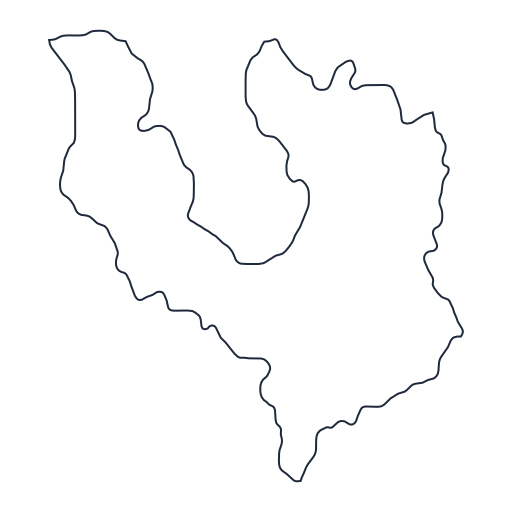 the district of San José de Ocoa, San José de Ocoa, Dominican Republic
{"feature_id": "3306468B57713364990292", "entity_name": "San José de Ocoa", "entity_type": "district", "adm_level": 2, "iso_a3": "DOM", "parent_name": "Dominican Republic", "parent_adm1": "San José de Ocoa", "projection": "equal_earth", "projection_center": [-70.491, 18.553], "detail": "fine", "context": "isolated", "style": "outline", "palette": "slate", "viewbox_px": 512, "rotation_deg": 0, "n_neighbors": 0, "source": "geoboundaries", "source_scale": "gbopen_adm2", "svg_char_len": 5971}
<svg xmlns="http://www.w3.org/2000/svg" viewBox="0 0 512 512"><path d="M275.0,410.1L275.6,419.7L276.2,422.7L277.1,424.1L279.8,426.8L280.6,428.2L281.1,429.8L280.8,434.3L281.9,439.3L282.0,441.4L281.5,444.4L279.6,450.0L279.1,453.3L278.9,461.4L279.2,464.8L279.7,467.0L280.6,468.8L282.4,470.9L286.8,474.0L293.4,480.1L295.1,481.0L296.8,481.3L300.6,481.0L301.8,477.4L303.9,472.9L306.2,467.1L307.8,464.4L313.4,456.9L315.0,454.1L315.6,452.0L316.0,449.8L316.2,439.5L316.6,436.1L317.7,433.2L319.5,431.1L320.9,430.0L326.6,427.3L327.9,427.2L330.3,427.8L331.6,427.6L333.0,426.7L337.9,422.2L340.4,421.1L342.1,421.0L344.7,421.4L349.0,424.0L350.5,424.6L353.0,424.3L354.4,423.3L356.0,421.2L358.0,415.5L360.7,409.5L361.7,408.1L362.3,407.5L363.9,406.8L365.7,406.5L377.1,406.8L379.9,406.6L381.7,406.1L384.2,404.6L390.7,398.3L398.1,393.7L404.8,391.6L407.1,389.8L411.4,385.6L413.0,384.5L415.6,383.7L422.6,382.7L427.9,380.0L432.9,378.7L434.5,378.0L436.5,376.1L437.9,373.6L438.5,370.4L439.0,362.6L439.8,359.4L441.3,356.6L447.9,347.2L450.7,340.7L452.4,338.5L453.8,337.4L457.3,336.5L460.9,336.5L462.2,334.3L462.9,331.8L462.6,330.0L461.9,328.4L457.9,321.9L456.5,317.9L454.1,312.4L452.9,308.3L449.5,301.1L448.1,299.5L442.6,297.4L441.2,296.5L437.8,293.0L434.3,288.3L433.1,285.9L432.7,284.2L433.2,280.3L432.8,277.9L428.1,269.7L424.6,261.4L424.2,259.5L424.1,257.8L424.4,256.1L425.3,254.3L426.5,252.9L428.6,251.6L433.0,250.9L434.4,250.4L436.2,248.7L436.9,247.1L437.1,246.1L436.8,244.3L433.3,235.1L432.9,232.5L433.3,230.8L434.2,229.3L435.3,228.2L438.1,226.6L439.4,225.5L441.0,223.2L441.8,221.2L442.3,217.6L442.2,212.6L441.5,209.1L439.6,203.6L439.4,201.5L439.5,199.4L441.5,192.8L442.5,184.3L443.3,180.7L444.7,177.8L448.0,172.7L448.7,170.0L448.5,168.2L448.1,167.4L447.1,166.5L444.2,165.1L443.6,164.6L442.9,163.0L442.6,161.1L442.8,158.0L445.3,150.6L445.6,147.4L445.5,145.4L445.0,143.6L443.1,140.2L441.4,135.3L440.4,134.1L436.7,132.0L435.7,130.6L434.9,127.5L434.1,119.2L432.6,112.4L424.0,114.9L416.6,119.6L413.0,122.1L411.4,122.9L407.1,123.6L403.9,122.9L402.5,121.8L401.7,120.0L400.5,109.5L397.2,99.8L393.1,89.6L391.4,87.3L389.9,86.2L387.2,85.3L384.4,85.0L365.6,85.2L361.8,86.0L357.5,88.5L355.2,89.2L353.5,88.9L351.5,87.2L350.2,84.6L350.0,83.5L350.1,81.4L351.2,78.4L354.8,72.7L355.2,71.8L355.4,69.8L355.0,68.0L353.3,63.0L352.4,61.5L351.1,60.7L349.0,60.7L345.9,61.8L338.7,66.7L337.4,67.9L335.3,71.1L330.4,84.4L328.9,86.9L327.7,88.2L326.1,89.2L323.5,89.8L319.9,89.8L317.3,89.0L315.1,87.4L313.5,85.0L312.9,83.1L311.9,78.5L311.1,76.9L310.6,76.3L309.2,75.5L305.4,74.0L297.9,69.5L295.6,67.5L293.4,65.1L282.6,50.9L280.3,47.1L278.5,42.4L277.1,40.3L275.9,39.4L274.5,39.2L269.6,41.1L264.2,41.7L261.7,46.0L259.8,50.7L258.8,52.3L257.1,54.4L252.8,57.3L250.5,60.1L246.3,70.3L245.8,73.6L245.6,79.4L245.6,95.9L245.8,99.3L246.1,101.6L246.8,103.7L247.8,105.6L253.4,113.2L255.1,115.8L256.2,118.8L257.5,126.4L258.9,129.4L260.8,132.0L262.9,134.2L265.4,135.7L273.3,136.8L275.8,137.9L278.1,139.9L280.2,142.3L286.8,150.8L288.2,153.5L288.6,155.5L288.3,157.3L287.0,161.6L286.4,166.0L286.6,171.8L287.4,175.1L289.7,178.7L292.4,181.3L293.2,181.6L294.7,181.7L297.8,180.2L300.2,180.0L302.7,181.1L305.5,184.1L307.7,187.8L308.6,191.2L308.9,195.8L308.8,202.8L308.3,206.1L307.7,208.2L300.1,227.0L295.1,235.3L293.2,240.2L291.8,242.9L288.8,247.2L285.4,251.2L284.0,252.5L282.4,253.6L280.7,254.3L275.7,255.7L264.7,262.6L263.0,263.3L258.4,264.0L246.9,264.0L241.2,263.7L239.5,263.2L237.9,262.2L236.6,260.9L235.6,259.4L233.7,254.7L232.3,251.8L229.8,248.4L227.6,246.2L223.0,243.1L215.7,236.1L212.5,234.3L208.3,231.2L205.1,229.5L200.8,226.5L197.6,224.8L194.0,222.4L191.1,220.8L189.7,219.7L188.7,218.4L188.0,216.8L187.8,215.8L188.0,214.0L190.6,207.0L192.9,201.5L193.6,198.1L193.8,193.3L193.9,183.4L193.5,176.2L192.9,174.0L191.5,171.5L189.6,169.6L186.1,167.2L184.3,165.2L183.3,163.5L179.5,154.2L178.2,150.1L175.9,144.6L174.2,139.6L170.6,132.0L169.3,130.8L164.6,127.2L163.0,126.4L160.3,125.9L156.7,126.0L154.1,126.6L148.9,129.8L145.2,130.8L142.4,130.9L140.7,130.5L139.1,129.4L138.6,128.5L138.1,126.5L138.0,124.4L138.4,122.3L139.1,120.5L141.4,117.7L145.0,115.4L146.3,114.3L147.9,112.0L148.7,110.0L149.1,107.7L150.0,99.2L152.4,91.4L152.7,88.1L152.5,84.8L151.9,82.7L150.1,78.2L148.7,74.1L144.4,64.0L142.8,61.7L141.4,60.5L137.7,58.3L131.7,53.6L127.8,46.0L125.6,41.2L120.1,40.5L117.2,39.8L114.7,38.2L110.4,34.0L108.1,32.2L105.2,31.2L100.2,30.7L95.1,30.9L92.1,31.3L90.3,32.0L85.9,34.5L83.0,35.2L78.9,35.5L67.5,35.4L63.5,35.7L60.6,36.5L55.3,39.2L52.7,39.7L49.1,40.0L49.9,44.3L51.7,47.9L64.5,64.6L69.5,72.0L70.7,75.0L72.0,81.2L74.3,87.8L74.9,91.5L75.1,99.1L75.2,132.6L75.1,137.6L74.8,139.9L73.8,142.9L70.4,146.3L68.8,148.5L64.7,158.7L64.2,161.1L63.2,170.8L60.9,177.6L60.2,181.2L60.0,184.9L60.3,188.6L60.9,190.9L61.8,192.7L63.6,194.8L68.0,197.8L70.8,200.7L73.7,205.1L76.1,210.7L77.2,212.3L78.5,213.5L81.0,214.8L86.7,215.6L89.4,216.5L91.8,218.2L96.9,223.0L98.5,223.8L104.2,225.9L105.6,227.0L106.8,228.4L107.8,230.1L110.3,235.8L114.8,243.2L117.7,251.6L117.8,254.2L116.5,258.5L116.0,261.6L116.0,264.9L116.9,267.9L118.0,269.6L119.2,270.8L121.5,272.0L124.5,272.9L126.4,274.5L129.7,281.1L131.3,286.2L134.8,295.6L136.3,298.0L137.6,299.3L139.2,300.0L141.7,299.8L146.7,297.0L152.5,294.9L156.8,292.2L159.3,291.7L161.7,292.0L163.1,293.0L164.5,295.3L166.6,300.4L168.1,307.1L168.9,308.8L169.6,309.5L171.2,310.3L173.8,310.7L187.7,310.5L192.6,311.1L195.7,312.9L198.9,315.5L199.9,316.9L200.8,319.9L201.5,326.2L202.3,328.0L202.9,328.6L204.3,329.2L206.4,329.0L207.7,328.4L209.5,326.4L211.4,325.5L213.6,325.7L215.0,326.5L216.0,327.9L220.8,337.8L225.4,342.3L234.6,353.8L237.7,356.6L239.3,357.5L240.9,357.8L243.8,357.7L248.8,358.3L261.0,358.5L264.0,359.3L265.6,360.4L267.1,361.8L268.9,364.2L269.8,366.0L270.2,368.1L270.1,369.1L269.3,371.6L267.4,375.5L266.3,376.8L263.3,379.4L262.2,380.9L261.3,382.6L260.6,384.9L260.3,387.4L260.3,391.1L260.6,393.6L261.6,396.9L263.7,399.9L266.9,402.3L269.0,404.5L272.8,406.4L274.0,407.5L275.0,410.1Z" fill="none" stroke="#1e293b" stroke-width="2"/></svg>